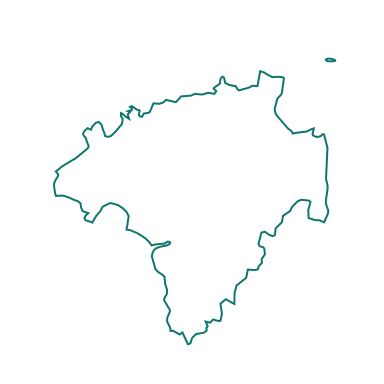 map outline of Devon (Mercator projection), rotated 98°
{"feature_id": "GBR-2048", "entity_name": "Devon", "entity_type": "Administrative County", "adm_level": 1, "iso_a3": "GBR", "parent_name": "United Kingdom", "parent_adm1": "", "projection": "mercator", "projection_center": [-3.833, 50.73], "detail": "fine", "context": "isolated", "style": "outline", "palette": "teal", "viewbox_px": 384, "rotation_deg": 98, "n_neighbors": 0, "source": "natural_earth", "source_scale": "10m", "svg_char_len": 3256}
<svg xmlns="http://www.w3.org/2000/svg" viewBox="0 0 384 384"><g transform="rotate(98 192 192)"><path d="M332.6,193.9L329.7,194.6L323.8,198.6L319.8,199.0L313.4,197.2L311.4,197.8L307.6,201.0L306.8,201.5L304.0,203.9L302.3,204.7L300.6,204.5L297.3,203.0L295.4,202.7L292.2,203.2L286.6,205.8L279.7,207.5L277.8,210.2L276.3,213.7L273.7,217.3L261.5,222.8L257.7,222.6L254.9,221.6L252.6,219.5L250.5,215.5L248.3,209.2L247.6,208.1L247.2,207.8L246.8,207.3L246.3,206.7L245.3,206.5L244.7,207.0L244.5,208.3L244.7,209.5L246.8,211.9L249.1,221.1L250.5,224.6L247.5,227.4L244.8,231.1L242.4,235.6L240.2,241.0L238.3,248.3L238.4,251.6L237.6,251.7L234.3,251.4L229.5,251.4L224.6,251.4L220.8,254.1L217.7,258.4L215.3,263.3L214.6,267.7L214.3,271.4L216.4,274.7L219.1,278.5L223.6,280.1L228.8,283.4L235.0,286.1L236.1,286.5L235.9,286.9L234.8,293.5L232.8,294.9L230.1,294.0L227.4,291.7L226.2,297.6L222.6,299.8L218.8,300.8L217.1,303.3L216.2,307.8L214.5,313.3L213.5,319.5L214.8,326.1L212.3,327.4L205.5,329.4L202.6,329.7L198.8,328.7L195.8,327.2L193.1,326.9L190.7,329.7L184.4,323.9L174.6,311.7L163.6,301.6L161.7,300.7L160.2,301.1L155.9,303.6L154.2,304.2L153.2,304.8L151.0,307.3L149.6,307.9L147.7,307.5L146.0,306.5L143.3,304.2L143.7,303.2L144.4,300.7L140.7,299.7L136.9,296.9L135.6,294.0L138.2,290.8L142.2,289.1L146.0,286.9L148.6,285.9L149.0,284.2L149.0,282.9L148.1,280.4L145.0,277.7L141.5,275.2L137.5,272.8L134.2,270.8L131.6,270.8L129.1,270.8L126.7,273.0L124.1,273.2L124.0,273.4L123.7,273.4L124.2,271.8L126.5,268.3L128.3,264.5L124.9,266.2L123.2,266.0L121.4,264.5L120.9,266.6L119.2,263.0L117.4,263.3L116.4,265.2L115.3,263.7L116.3,261.6L118.1,258.1L118.5,255.2L123.2,255.3L124.4,254.1L124.5,252.0L120.9,250.6L120.0,246.9L118.6,244.9L109.6,242.5L109.2,236.6L107.1,232.6L104.4,230.6L105.3,220.5L98.8,216.0L96.7,206.4L94.4,202.8L94.1,195.6L91.5,189.7L91.7,183.6L88.7,182.0L86.7,184.9L85.7,184.7L81.0,179.6L75.5,179.4L73.5,177.9L74.3,176.2L79.4,174.3L80.8,169.8L81.2,163.2L84.0,161.3L84.8,159.5L80.5,149.7L78.4,147.1L78.0,141.9L62.9,141.3L63.6,137.0L64.8,134.8L67.2,128.1L66.5,126.0L65.9,122.2L65.7,118.4L66.5,116.8L81.5,116.8L83.4,117.4L86.9,120.0L88.5,120.6L98.3,121.7L101.7,120.6L104.3,118.8L115.6,106.0L116.6,104.4L117.3,102.8L118.4,101.4L120.1,100.3L119.1,97.7L117.1,90.5L116.7,88.5L116.1,86.8L113.2,82.5L112.1,80.2L117.7,80.7L119.0,80.2L120.1,77.3L119.8,74.5L118.6,72.2L116.7,70.9L116.7,69.2L129.5,64.0L160.3,61.1L166.6,58.7L169.8,58.2L181.9,58.2L185.6,57.5L191.0,54.6L194.0,54.3L203.6,56.9L203.2,58.6L203.1,59.0L202.3,61.5L202.7,65.8L201.6,72.9L193.8,74.3L185.3,73.3L184.2,74.9L184.5,82.8L186.7,86.3L193.1,91.0L197.1,92.1L203.0,98.6L209.3,98.7L216.3,104.1L223.1,103.9L224.5,106.1L223.4,110.3L221.2,114.2L222.5,117.6L234.4,118.9L236.3,117.3L236.8,113.9L237.9,112.6L243.5,111.1L248.6,113.7L252.4,112.9L256.2,115.5L259.4,116.1L260.5,118.5L261.1,125.9L269.4,126.4L278.3,134.8L286.1,135.8L297.0,134.5L293.5,143.6L298.6,148.3L308.3,145.4L315.5,145.9L316.1,147.7L315.3,153.4L318.9,155.9L318.4,160.4L322.9,157.8L324.5,158.8L327.3,158.2L329.7,160.7L332.1,168.2L336.6,171.6L342.1,172.5L343.3,174.9L332.4,181.9L334.8,184.3L332.0,191.7L332.6,193.9ZM43.1,71.6L43.4,73.3L43.5,76.6L42.3,77.9L40.9,76.0L40.7,72.4L41.3,69.0L42.2,68.5L42.9,70.5L43.1,71.6Z" fill="none" stroke="#0f766e" stroke-width="2"/></g></svg>